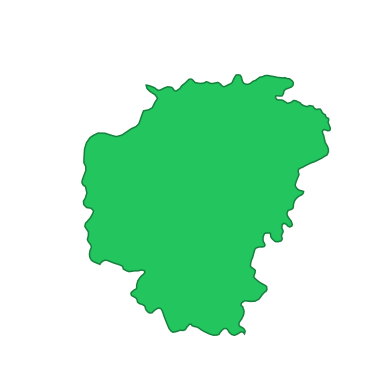 Bykhaw, Mogilev, Belarus (orthographic projection), rotated 109°
{"feature_id": "67162791B64614066939299", "entity_name": "Bykhaw", "entity_type": "district", "adm_level": 2, "iso_a3": "BLR", "parent_name": "Belarus", "parent_adm1": "Mogilev", "projection": "orthographic", "projection_center": [30.233, 53.459], "detail": "fine", "context": "isolated", "style": "filled", "palette": "green", "viewbox_px": 384, "rotation_deg": 109, "n_neighbors": 0, "source": "geoboundaries", "source_scale": "gbopen_adm2", "svg_char_len": 5070}
<svg xmlns="http://www.w3.org/2000/svg" viewBox="0 0 384 384"><g transform="rotate(109 192 192)"><path d="M53.7,141.7L54.2,141.9L55.2,145.9L55.9,149.0L56.1,151.4L56.7,155.0L57.1,158.2L58.2,161.0L60.0,162.8L61.4,165.3L65.8,168.3L67.4,170.3L70.6,172.4L72.0,174.2L72.6,176.6L72.3,178.6L71.0,180.2L68.8,181.8L67.3,182.7L65.9,184.4L66.1,186.3L67.0,188.4L69.5,189.0L71.7,189.4L75.2,189.6L77.2,190.7L78.3,192.2L79.7,193.5L81.4,195.1L82.2,196.7L81.9,198.3L81.0,199.5L80.2,201.7L80.0,203.3L81.5,205.7L82.9,208.3L83.3,210.3L83.0,212.2L83.1,214.5L85.1,216.1L85.8,217.7L86.6,219.3L87.0,221.1L87.4,223.9L87.4,225.2L86.4,226.8L85.5,228.7L85.6,230.1L86.7,231.7L88.6,232.6L91.6,234.1L93.6,235.5L95.1,236.3L96.4,236.7L98.2,237.2L100.3,238.8L101.8,239.9L101.9,241.5L101.3,242.5L100.1,244.2L99.7,245.2L99.9,246.9L100.5,249.4L102.6,252.0L105.9,255.2L106.9,256.9L106.4,259.3L105.6,261.4L105.4,266.2L105.8,270.2L106.1,270.1L108.8,268.2L110.5,264.8L111.2,262.0L112.2,258.3L114.6,255.1L119.7,256.3L125.1,256.9L128.4,259.7L131.0,264.2L133.5,264.4L138.5,264.4L142.6,264.4L145.2,264.6L148.6,266.4L151.9,270.0L160.9,276.7L164.3,281.6L164.6,286.1L164.8,293.6L166.9,300.1L170.8,303.9L173.8,306.1L179.6,307.8L186.3,307.6L190.3,306.5L195.0,305.2L199.6,303.7L202.3,300.9L206.0,299.4L212.9,299.6L216.7,299.6L218.9,299.2L221.0,297.0L221.5,294.5L227.1,291.1L230.9,290.9L232.7,290.9L235.9,291.7L238.9,290.4L240.0,288.7L241.0,286.4L240.2,282.1L241.7,279.3L242.6,278.8L246.4,279.1L250.1,279.9L253.5,281.3L256.3,282.5L259.5,282.1L261.5,279.6L263.4,277.0L267.3,275.7L270.9,275.5L272.2,274.4L273.5,272.7L275.0,270.4L277.2,269.1L280.9,269.3L284.3,268.7L286.9,267.4L289.1,265.1L289.9,262.7L290.2,259.1L290.4,255.5L289.6,255.5L288.3,255.0L286.3,253.8L284.8,252.0L284.3,250.0L284.6,242.5L284.4,237.1L284.8,233.4L287.2,231.9L287.8,228.2L287.8,225.6L286.5,223.0L285.4,221.0L283.9,216.9L282.1,214.3L281.9,211.3L283.6,210.4L286.0,211.3L288.4,212.8L290.8,213.6L293.6,214.3L296.8,214.1L298.2,214.0L300.8,213.1L301.8,213.2L303.5,214.8L306.6,216.7L307.9,216.7L309.2,215.8L309.8,214.6L309.9,212.9L310.5,210.5L311.3,209.2L313.9,207.6L314.7,205.3L314.5,203.9L314.6,201.9L315.0,200.0L315.8,198.9L317.2,198.2L318.3,197.1L319.0,196.2L320.0,194.2L320.2,192.8L319.3,190.5L317.6,189.7L316.3,189.0L314.9,188.1L313.7,187.1L312.8,186.2L312.5,185.1L312.4,183.4L313.2,182.4L314.1,181.4L319.6,177.1L325.7,171.8L328.5,169.3L330.3,166.6L330.8,164.5L329.7,162.3L328.2,160.2L326.6,158.3L326.2,156.6L325.6,154.9L324.3,153.5L323.0,153.2L321.0,152.7L317.9,151.4L317.3,149.5L318.4,148.4L318.4,145.8L318.0,143.3L318.6,140.4L319.1,139.2L319.9,135.4L320.2,132.5L320.6,129.1L320.4,125.1L319.2,121.9L317.7,120.1L316.4,119.9L313.2,118.8L310.9,117.5L309.9,115.3L310.5,113.5L312.5,111.2L313.8,108.2L313.7,105.4L312.2,103.4L310.1,101.7L308.3,100.2L307.8,98.2L309.0,96.2L306.5,96.4L305.6,97.0L304.3,98.7L303.8,100.6L303.4,103.0L302.7,104.2L301.5,104.7L299.7,104.8L297.7,104.3L295.8,103.7L294.0,103.5L290.9,103.3L288.3,103.8L286.6,104.7L285.3,105.9L283.9,106.7L283.5,108.4L282.7,108.9L281.3,109.1L280.2,108.7L277.9,106.9L277.3,105.5L277.0,103.6L276.5,101.4L275.6,99.0L274.7,96.9L271.6,93.9L268.6,92.8L266.5,92.3L264.7,91.5L263.4,90.9L261.5,89.6L259.8,89.4L257.1,90.7L256.4,93.0L256.1,94.6L255.8,96.8L255.0,99.8L253.9,102.8L253.3,104.1L252.8,105.2L251.8,106.1L250.3,106.1L247.7,106.1L245.4,106.7L244.4,109.2L243.9,111.3L243.1,112.6L240.0,113.4L236.7,113.6L233.9,113.4L229.6,113.7L225.6,113.9L223.9,113.0L221.9,110.3L221.2,107.8L220.1,106.1L218.8,105.6L217.4,106.4L216.3,107.7L215.2,108.7L212.7,109.8L211.0,110.1L207.9,110.0L207.0,109.2L205.5,105.6L205.9,104.2L208.4,103.1L209.7,101.8L210.5,100.2L211.6,97.7L211.6,96.1L210.7,93.9L209.2,91.8L208.2,91.5L206.7,91.4L205.3,92.6L203.6,93.3L201.5,93.1L200.0,92.8L198.6,93.6L196.9,95.3L193.7,96.1L191.7,95.1L191.8,92.3L192.9,90.6L193.3,88.2L191.8,86.6L190.2,86.5L187.4,88.6L186.3,90.2L184.7,92.6L182.9,94.5L181.1,95.3L178.1,95.1L176.0,92.3L174.6,91.3L173.1,91.4L170.2,92.1L167.6,92.2L165.3,91.7L164.0,91.2L161.4,89.8L158.9,87.3L157.4,86.5L156.1,86.5L155.1,86.7L155.2,88.4L155.4,91.4L154.8,93.3L153.9,94.9L152.9,96.0L151.6,96.8L148.2,96.9L145.1,96.8L141.6,96.5L140.3,96.7L138.6,98.0L137.4,98.4L136.6,98.6L135.9,98.6L135.1,98.0L134.0,97.2L132.5,95.4L129.5,92.7L125.9,89.1L123.2,85.7L117.9,80.5L115.0,78.2L113.2,76.5L111.2,76.2L109.4,76.2L107.1,77.0L105.0,78.6L103.6,80.1L101.7,82.3L99.9,83.3L97.7,84.8L96.6,85.3L95.3,86.2L94.5,87.1L93.3,88.0L92.4,88.4L91.4,88.4L89.9,87.6L89.9,86.9L89.9,85.1L89.9,83.5L89.0,81.8L87.5,81.7L86.4,82.1L85.1,83.3L83.8,84.4L82.7,85.3L81.7,86.1L79.7,86.1L78.7,86.4L77.9,87.2L77.9,89.0L76.7,90.5L75.6,91.0L75.6,91.5L75.2,93.4L73.9,95.5L73.0,96.1L71.9,97.7L72.4,99.5L73.5,101.2L73.1,103.5L71.5,105.6L72.0,109.0L73.9,111.1L74.0,114.3L73.5,117.1L72.4,119.0L72.3,121.0L71.9,123.6L72.4,125.8L74.9,127.4L77.1,130.5L76.4,133.0L75.7,136.2L76.1,138.2L77.1,141.2L76.3,142.9L75.3,143.9L73.6,143.8L72.6,140.0L71.7,138.0L69.1,137.6L66.2,137.9L64.4,136.9L62.5,134.7L60.4,132.2L58.0,131.2L55.7,131.8L54.4,133.2L53.2,136.7L53.7,138.7L53.7,141.7Z" fill="#22c55e" stroke="#15803d" stroke-width="1.5"/></g></svg>